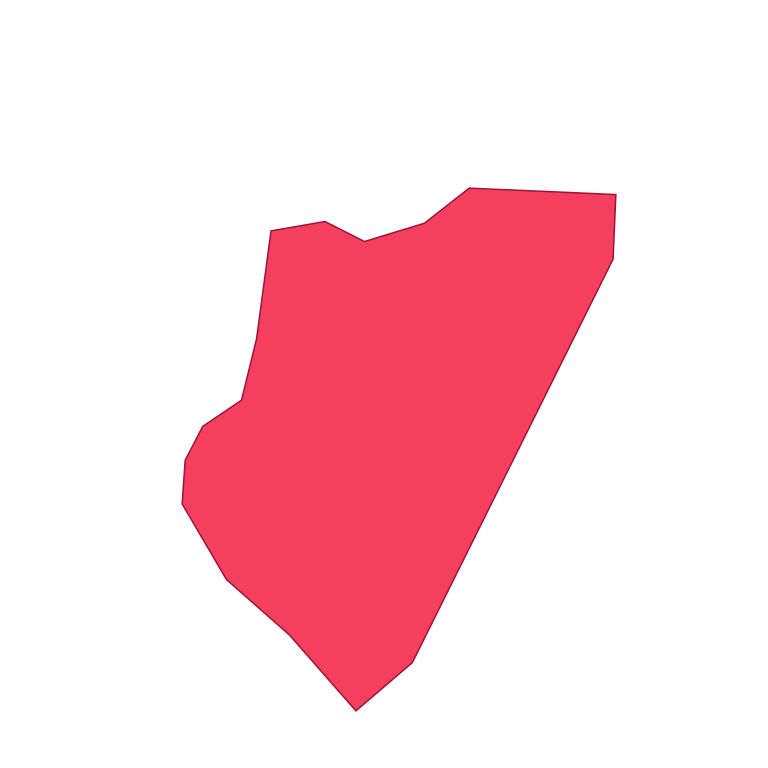 outline of Marsaskala, rotated 34°
{"feature_id": "MLT-5962", "entity_name": "Marsaskala", "entity_type": "state/province", "adm_level": 1, "iso_a3": "MLT", "parent_name": "Malta", "parent_adm1": "", "projection": "albers", "projection_center": [14.553, 35.857], "detail": "fine", "context": "isolated", "style": "filled", "palette": "rose", "viewbox_px": 768, "rotation_deg": 34, "n_neighbors": 0, "source": "natural_earth", "source_scale": "10m", "svg_char_len": 372}
<svg xmlns="http://www.w3.org/2000/svg" viewBox="0 0 768 768"><g transform="rotate(34 384 384)"><path d="M470.3,97.3L504.1,152.4L563.3,599.1L543.5,670.7L446.1,645.0L362.7,634.2L283.7,596.3L261.8,558.4L257.4,520.5L274.9,477.1L253.0,417.6L204.7,320.2L244.2,282.3L288.1,276.8L327.6,228.1L345.1,174.0L470.3,97.3Z" fill="#f43f5e" stroke="#9f1239" stroke-width="1.5"/></g></svg>